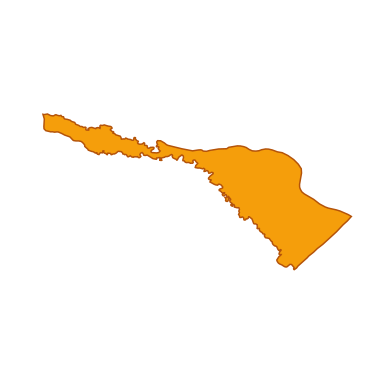 outline of San Lorenzo, Suchitepéquez, Guatemala, rotated 281°
{"feature_id": "79465075B60827763716614", "entity_name": "San Lorenzo", "entity_type": "district", "adm_level": 2, "iso_a3": "GTM", "parent_name": "Guatemala", "parent_adm1": "Suchitepéquez", "projection": "robinson", "projection_center": [-91.555, 14.28], "detail": "fine", "context": "isolated", "style": "filled", "palette": "amber", "viewbox_px": 384, "rotation_deg": 281, "n_neighbors": 0, "source": "geoboundaries", "source_scale": "gbopen_adm2", "svg_char_len": 6078}
<svg xmlns="http://www.w3.org/2000/svg" viewBox="0 0 384 384"><g transform="rotate(281 192 192)"><path d="M216.2,116.8L216.2,117.8L215.8,118.7L216.2,119.8L216.1,120.3L215.7,120.9L214.4,122.0L214.4,122.8L215.0,123.7L215.8,124.5L214.9,126.2L214.9,127.2L215.2,127.7L215.0,127.9L215.8,129.3L215.8,130.5L216.3,131.7L215.6,132.7L215.7,133.9L216.3,134.5L217.3,135.0L218.6,133.7L220.2,134.1L221.2,135.4L220.6,136.5L218.9,137.7L218.9,139.0L219.5,140.5L219.6,141.3L217.3,147.3L217.3,150.7L217.5,150.9L218.0,150.7L218.7,150.9L218.8,151.6L219.5,153.0L219.6,154.0L219.4,154.3L218.7,154.1L217.0,154.3L217.1,155.8L217.4,156.3L219.1,155.3L219.5,155.4L220.9,158.5L221.2,158.7L221.8,159.4L222.0,160.9L222.9,162.5L224.0,163.5L224.9,164.7L224.7,165.4L224.2,165.9L223.5,165.7L222.1,166.5L221.4,168.3L221.2,169.9L220.4,171.0L220.7,171.5L222.3,171.9L224.1,172.7L225.6,174.3L225.9,174.3L226.3,174.7L226.4,175.2L225.9,176.3L225.5,176.6L224.3,177.1L221.5,176.9L221.0,177.2L221.1,178.4L220.1,179.5L219.9,180.2L219.8,180.8L220.3,182.9L220.3,184.0L219.9,184.8L220.4,187.1L221.0,187.5L221.6,187.5L222.3,186.9L223.1,186.9L223.5,187.3L223.9,188.3L223.8,189.0L222.5,190.2L221.4,192.0L221.1,192.2L218.8,190.7L216.7,190.5L216.6,190.8L216.6,193.2L217.0,194.8L216.8,197.8L216.8,198.2L217.4,198.7L217.4,199.2L216.8,200.2L214.7,199.8L214.5,200.0L215.0,201.4L215.9,202.4L215.8,203.0L215.7,203.4L215.2,204.0L213.7,204.9L213.9,205.8L215.1,207.6L215.0,208.8L214.6,209.2L213.9,209.2L211.2,206.9L208.9,205.6L208.1,205.7L207.7,206.2L207.4,207.0L207.6,208.1L207.4,208.5L205.3,207.7L203.8,212.3L203.5,214.1L203.6,215.9L204.5,216.4L204.9,217.1L204.6,219.0L203.9,219.9L202.8,221.2L201.7,221.2L200.1,218.6L199.4,218.2L198.6,218.5L198.4,219.7L197.0,221.7L197.0,222.4L197.2,223.2L197.5,223.6L197.5,224.0L196.9,224.0L196.5,223.2L195.5,222.3L195.1,222.3L194.3,223.2L194.2,223.8L194.4,224.4L195.7,225.2L195.9,225.6L195.6,226.3L194.0,227.4L193.6,227.1L192.9,225.5L191.7,226.6L190.0,226.6L189.6,226.9L189.4,228.2L189.7,228.8L192.3,229.6L193.5,228.5L194.4,228.8L192.3,231.3L191.8,231.4L190.9,230.7L189.6,231.2L188.4,233.5L188.1,233.7L187.0,232.6L186.3,232.8L185.9,233.6L185.8,234.5L186.0,234.7L187.3,234.3L187.7,235.4L187.0,236.2L185.3,236.5L185.1,239.4L185.5,240.4L185.4,241.1L183.9,241.9L182.2,241.6L180.8,242.5L178.9,242.0L177.6,243.2L176.6,243.5L176.2,243.9L176.4,245.1L177.1,246.0L177.0,246.8L176.3,247.7L174.8,248.2L174.5,248.5L174.5,248.9L174.7,249.6L175.2,250.1L176.0,250.3L176.3,251.6L177.1,252.2L178.5,252.4L178.6,253.0L176.9,256.1L172.8,258.6L172.6,259.5L172.9,260.4L172.3,262.3L171.4,262.4L170.3,262.8L168.8,262.8L168.5,263.5L169.1,264.8L168.8,265.2L167.5,265.4L166.3,266.5L165.6,268.5L164.4,269.7L164.5,271.2L164.1,271.6L162.8,271.4L161.3,272.6L161.1,273.3L161.2,274.6L161.1,276.7L158.8,279.2L158.4,280.2L157.0,280.7L155.9,281.6L155.0,283.1L155.0,283.6L154.8,283.9L154.9,284.5L154.5,285.6L152.2,287.2L151.2,288.3L151.3,289.0L152.3,289.8L152.3,290.3L151.7,290.5L149.9,289.5L147.9,289.2L147.5,289.5L147.4,290.1L147.6,291.4L146.8,291.1L145.2,289.7L141.4,288.2L140.0,289.0L138.7,290.4L138.1,291.7L137.6,294.0L136.4,297.0L136.3,298.6L136.7,299.5L139.7,302.0L139.8,303.6L137.6,306.3L137.3,306.6L136.0,306.4L135.4,306.8L135.3,307.2L137.3,309.1L139.6,310.2L149.5,317.7L151.3,318.7L156.1,322.8L160.4,325.8L165.5,330.3L180.5,341.4L188.7,346.6L193.2,350.0L198.4,353.1L199.6,349.8L201.6,340.8L202.0,336.7L202.2,328.9L202.7,325.7L204.6,319.5L208.0,312.8L211.5,302.7L213.0,299.9L214.4,298.6L216.3,297.2L217.7,296.6L220.2,296.1L231.5,295.9L235.7,294.8L239.6,291.0L243.2,285.7L246.1,279.2L247.8,273.0L247.7,268.2L248.6,262.6L248.7,259.0L248.3,256.1L246.8,252.3L245.3,249.9L244.3,246.8L243.9,243.3L244.7,239.9L246.0,236.8L246.4,234.2L246.4,230.6L245.9,227.6L242.9,219.6L241.1,217.8L239.3,209.9L236.2,201.5L234.7,198.5L234.3,195.3L234.9,194.0L235.1,192.7L234.5,190.3L232.5,184.7L232.5,173.8L233.2,159.4L233.6,157.9L234.9,155.5L236.3,151.4L235.8,148.4L234.4,147.8L232.7,148.5L232.5,148.9L232.1,149.2L230.6,148.4L229.8,148.4L229.6,148.7L230.1,149.7L230.0,150.7L229.4,150.9L228.6,150.5L228.1,150.6L226.4,152.4L226.2,152.9L224.8,152.1L224.3,151.5L223.6,149.8L223.1,145.3L223.4,144.3L224.3,143.9L225.4,144.5L226.8,146.1L227.7,146.3L228.4,146.1L228.5,145.4L227.9,142.8L226.7,141.4L226.7,140.6L227.0,139.8L228.8,139.1L229.0,138.5L228.7,137.0L228.9,136.5L230.8,136.2L231.2,135.4L229.6,133.9L228.9,131.6L229.1,130.0L229.5,129.4L230.0,129.2L231.2,129.7L231.6,129.5L231.9,128.1L233.1,126.4L234.5,126.1L234.6,125.6L234.4,124.9L234.0,124.7L231.9,124.7L231.5,124.2L231.4,123.0L231.8,121.9L231.7,118.8L232.2,117.6L232.2,116.5L231.3,116.0L231.1,115.6L231.0,114.2L230.5,113.2L230.4,112.6L232.1,111.8L233.1,110.9L233.6,106.3L234.6,104.9L234.6,103.3L235.0,103.1L235.9,103.6L236.2,103.1L236.0,102.8L236.4,101.6L237.4,100.0L238.0,100.0L239.2,101.3L239.6,101.3L240.4,100.6L240.8,99.7L240.7,97.1L241.1,93.1L240.2,91.3L240.1,89.5L239.5,89.1L238.4,89.2L237.8,89.6L236.9,89.5L237.3,88.3L237.3,87.3L236.7,86.2L236.7,85.8L236.0,85.6L235.8,85.2L236.3,81.4L235.7,79.5L234.9,78.7L234.6,78.0L234.1,78.0L233.3,78.9L233.0,78.7L232.7,76.8L232.7,76.3L233.2,75.8L234.9,75.7L235.2,75.3L235.3,74.8L234.7,73.3L235.3,71.4L235.0,69.8L235.8,68.1L236.3,64.9L237.9,63.6L238.3,60.3L239.2,58.7L239.5,55.9L239.4,53.1L239.7,52.5L241.3,51.5L241.2,49.8L242.2,48.7L241.5,47.2L241.6,45.2L241.9,43.7L241.3,42.6L240.4,41.7L240.1,40.3L240.1,38.4L241.0,35.3L239.8,32.1L239.8,30.9L235.5,33.1L228.1,34.1L225.8,34.7L224.3,36.8L224.1,41.9L224.5,43.4L224.5,45.6L225.2,47.9L225.4,49.3L224.5,53.3L223.6,56.1L222.8,61.6L220.1,65.4L219.9,66.1L220.0,68.5L220.5,70.9L220.5,73.3L219.8,75.0L217.9,77.5L216.2,78.1L214.2,81.5L213.3,82.2L212.7,85.7L212.7,87.7L212.1,88.7L211.9,89.6L211.8,90.5L212.3,90.6L212.3,91.2L211.4,91.6L211.1,92.0L211.0,93.5L212.9,94.4L213.2,94.8L213.3,96.5L213.8,96.7L215.2,96.6L215.5,97.1L215.5,97.6L213.9,97.8L213.5,98.4L213.3,100.1L212.5,101.3L212.6,101.8L213.9,101.8L214.1,102.3L214.3,104.2L214.2,104.8L213.3,105.4L213.3,106.0L214.4,107.5L214.6,108.7L215.7,110.1L217.6,111.5L217.9,112.1L218.1,115.0L217.0,116.5L216.2,116.8Z" fill="#f59e0b" stroke="#b45309" stroke-width="1.5"/></g></svg>